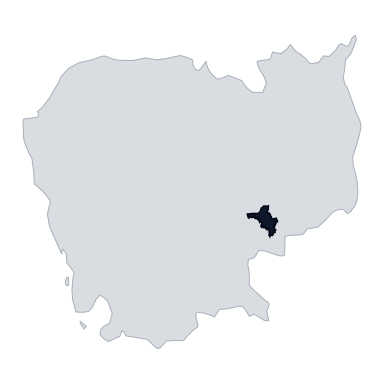 Chhloung, Krâchéh, Cambodia shown in context
{"feature_id": "14789045B96545795392219", "entity_name": "Chhloung", "entity_type": "district", "adm_level": 2, "iso_a3": "KHM", "parent_name": "Cambodia", "parent_adm1": "Krâchéh", "projection": "robinson", "projection_center": [106.098, 12.159], "detail": "fine", "context": "in_parent", "style": "filled", "palette": "ink", "viewbox_px": 384, "rotation_deg": 0, "n_neighbors": 0, "source": "geoboundaries", "source_scale": "gbopen_adm2", "svg_char_len": 7379}
<svg xmlns="http://www.w3.org/2000/svg" viewBox="0 0 384 384"><path d="M355.3,35.3L356.3,39.3L353.7,46.9L350.8,53.8L345.5,59.9L345.2,64.3L343.4,77.5L344.1,81.7L345.3,85.3L347.1,87.3L351.8,100.2L356.0,112.0L360.2,121.7L361.0,127.8L357.1,143.3L352.7,157.5L353.1,164.6L355.0,171.7L357.1,181.2L357.9,193.3L356.8,201.2L354.7,206.1L350.9,211.2L347.5,213.7L343.4,209.5L340.2,209.3L335.9,210.5L332.5,212.5L325.6,219.9L317.9,227.1L307.3,228.9L303.1,234.2L298.7,235.0L290.3,235.3L284.8,236.5L285.1,239.2L284.6,251.8L284.7,254.8L283.9,255.6L280.1,256.0L273.6,254.0L264.9,250.9L258.7,250.4L255.5,255.9L253.6,258.1L251.2,258.4L248.8,259.4L248.0,261.8L247.8,264.9L248.9,270.2L249.4,278.5L249.1,284.2L251.4,287.9L264.7,300.0L268.6,303.0L269.1,304.8L266.7,311.4L268.8,320.7L264.6,320.5L257.7,316.5L254.3,314.1L250.3,316.0L248.9,315.7L246.2,311.1L242.6,306.5L238.9,306.2L231.2,308.0L223.2,309.3L220.2,309.3L219.0,310.1L214.4,317.0L212.4,315.8L204.4,313.2L197.1,312.2L195.6,314.0L196.5,319.6L198.1,325.2L197.1,327.5L193.1,330.4L187.8,335.6L184.6,339.7L182.3,340.7L174.2,340.5L166.2,341.0L163.0,344.9L160.0,347.9L157.3,348.7L146.8,339.2L126.0,335.9L123.7,331.7L121.7,330.9L119.8,336.3L108.3,341.6L103.5,338.4L100.0,334.6L100.6,329.9L103.9,326.1L109.6,323.3L112.2,313.7L107.9,301.4L104.1,297.9L100.1,295.0L95.9,299.6L92.3,307.4L88.6,311.4L83.4,312.3L75.8,312.0L72.8,300.3L71.9,290.3L72.9,278.9L74.1,272.1L66.8,262.8L66.4,253.9L62.9,249.3L61.8,251.6L61.9,254.1L60.9,252.3L49.4,226.2L47.4,214.1L49.5,204.8L50.6,201.6L47.3,196.7L42.6,191.1L34.3,183.8L33.8,172.3L32.0,158.7L29.5,154.1L25.7,145.7L23.7,138.7L23.0,120.3L24.1,118.9L30.0,118.3L37.6,117.0L38.8,114.0L37.5,111.6L42.3,107.4L49.3,98.3L54.7,88.8L58.5,82.8L60.9,76.8L68.7,68.3L79.4,62.5L86.7,61.1L94.3,59.1L101.6,56.3L105.1,56.0L114.1,59.5L119.0,60.3L124.1,60.3L129.4,60.6L134.0,60.3L145.1,57.9L156.9,59.8L167.4,58.3L180.3,55.5L186.7,57.3L192.5,60.0L193.3,65.6L194.7,68.2L196.6,70.2L199.2,70.2L202.5,66.3L205.3,62.2L206.2,61.5L206.3,63.5L207.7,67.8L210.1,72.1L212.6,75.0L216.8,78.8L219.5,79.0L228.4,75.4L241.7,80.6L243.2,83.2L247.5,88.5L252.2,92.3L262.6,92.5L266.3,83.2L264.5,77.5L258.6,67.6L257.0,61.7L258.9,60.7L268.9,59.6L270.5,58.4L272.7,52.0L275.4,52.7L281.0,53.6L286.9,49.2L290.3,44.6L292.2,46.7L294.3,49.9L296.6,51.8L300.8,54.6L305.5,58.5L308.4,62.3L310.7,63.8L316.6,62.7L318.2,62.9L321.7,58.2L324.1,55.7L326.2,56.4L329.2,56.4L335.4,50.4L338.9,45.0L340.9,43.5L346.4,46.2L348.7,45.7L351.9,38.2L355.3,35.3ZM68.9,284.9L67.8,285.6L66.7,285.6L65.6,284.5L65.7,280.3L66.5,277.7L68.4,277.3L68.9,284.9ZM86.3,326.3L83.9,329.1L80.2,323.3L80.3,321.6L86.3,326.3Z" fill="#d9dde1" stroke="#a8b0b8" stroke-width="1"/><path d="M272.3,235.4L272.4,235.1L272.9,234.8L272.9,234.7L272.7,234.5L272.4,233.8L272.8,233.8L273.0,234.0L273.3,234.1L273.4,233.6L273.4,233.1L273.6,232.6L273.9,232.7L274.0,232.7L274.4,232.2L274.5,232.2L275.1,232.3L275.1,232.1L274.7,231.5L274.6,231.4L274.6,231.1L274.7,230.8L275.0,230.7L275.1,230.3L275.4,230.4L275.5,230.4L275.7,230.2L275.7,229.8L275.6,229.7L274.9,229.3L274.7,229.0L274.1,228.8L274.0,228.7L274.2,228.1L274.5,227.9L274.3,227.5L274.4,227.2L274.0,226.8L274.0,226.6L274.3,226.5L274.4,226.1L274.4,225.8L274.5,225.7L274.8,225.8L274.9,225.6L274.9,225.4L274.7,225.3L274.4,225.2L274.4,224.7L274.5,224.7L274.8,224.8L275.0,224.6L275.3,224.5L275.3,224.4L275.3,224.1L275.4,223.8L275.6,224.0L275.7,223.5L275.9,223.4L276.0,223.2L275.9,223.1L275.9,222.5L276.2,222.3L276.0,222.1L276.3,222.0L276.5,222.1L276.7,221.9L276.8,221.8L277.2,221.8L277.4,221.8L277.5,221.7L277.5,221.1L277.4,220.7L277.1,220.2L276.9,219.9L276.4,219.4L276.5,218.9L276.4,218.7L276.4,218.4L276.2,218.2L276.1,218.3L276.0,218.2L275.8,218.3L275.7,218.4L275.7,218.5L275.3,218.5L275.0,218.6L274.8,218.5L274.6,218.5L274.1,218.7L273.9,218.8L273.2,218.8L272.4,218.8L272.0,218.8L271.7,218.5L271.6,218.4L271.5,218.0L271.5,217.6L271.4,217.0L271.1,216.4L270.4,215.6L270.4,215.3L270.5,215.0L270.5,214.8L270.0,214.4L269.7,214.0L269.3,213.0L269.2,213.0L268.6,213.0L268.2,212.8L267.6,212.8L267.3,212.5L267.3,212.4L267.4,212.0L267.3,211.7L267.5,211.5L267.8,210.3L268.0,210.0L268.1,209.6L268.3,209.3L268.3,208.5L268.0,207.8L268.1,207.6L268.5,206.8L268.5,206.5L268.4,205.9L268.3,206.0L268.1,206.1L267.8,206.1L267.1,206.3L266.2,206.1L265.1,206.0L263.9,206.0L263.4,206.2L262.9,206.7L262.7,207.2L262.6,207.3L262.4,207.5L262.1,207.8L261.6,208.2L261.1,208.2L261.1,208.8L260.9,209.5L260.2,211.2L259.8,211.8L258.9,212.9L258.4,213.1L257.9,213.3L257.6,213.5L257.0,213.5L256.2,213.4L250.6,213.6L248.3,214.0L247.4,213.9L247.5,214.4L247.4,215.1L247.5,215.3L247.7,215.5L247.7,215.8L247.9,215.9L247.9,216.5L248.1,217.2L248.2,217.3L248.2,217.5L248.3,217.7L248.4,217.8L248.7,217.8L248.9,218.0L249.0,217.5L249.3,217.3L249.3,217.1L249.4,216.8L249.3,216.7L249.6,216.7L249.8,216.8L250.0,216.8L249.9,216.9L250.0,217.0L250.2,216.9L250.3,217.0L250.4,216.9L250.5,216.9L250.4,216.8L250.5,216.7L250.6,216.9L250.6,217.0L250.7,217.3L250.8,217.3L250.8,217.1L251.0,217.2L251.3,217.2L251.5,217.4L251.9,217.2L252.0,217.1L252.5,217.1L252.5,216.9L252.4,216.9L252.5,216.8L252.4,216.7L252.5,216.6L252.7,216.8L252.7,217.0L252.8,216.9L252.9,217.0L253.2,217.0L253.4,217.0L253.7,216.8L253.8,216.5L253.9,216.8L254.0,217.2L254.5,217.3L254.6,217.5L254.7,217.8L254.7,218.1L254.9,218.4L255.0,218.4L255.2,218.2L255.3,218.2L255.5,218.1L255.5,218.3L255.9,218.4L256.1,218.3L256.4,218.3L256.4,218.5L256.6,218.4L256.6,218.2L256.8,218.0L256.8,217.9L257.0,217.8L257.1,217.7L257.3,217.9L257.2,218.1L257.3,218.2L257.4,217.9L257.9,218.0L258.0,218.1L257.8,218.3L257.9,218.6L258.0,218.8L257.9,218.8L257.7,218.9L257.7,218.6L257.3,218.7L257.3,218.8L257.5,219.1L257.8,219.4L257.9,219.6L258.0,219.7L257.9,219.3L258.0,219.2L258.2,219.3L258.8,219.3L259.0,219.5L258.7,219.8L258.9,220.1L259.2,220.5L259.5,220.9L259.4,221.3L259.5,221.5L259.3,221.8L259.4,222.1L259.5,222.1L259.6,221.9L259.9,222.0L260.2,221.9L260.2,222.1L260.5,221.8L260.8,221.8L261.0,221.4L261.2,221.8L261.0,222.0L261.3,222.1L261.5,222.8L262.1,223.2L262.1,223.7L261.9,223.7L261.8,223.9L262.0,224.2L262.1,224.4L262.1,224.7L261.9,224.7L261.7,224.9L261.4,224.9L261.5,225.3L261.3,225.5L261.1,225.4L260.9,225.7L261.1,225.9L261.1,226.0L261.5,226.1L261.1,226.7L261.2,226.8L261.2,226.7L261.3,226.7L261.4,226.9L261.6,226.8L261.6,226.6L261.6,226.4L261.6,226.6L262.0,226.4L262.1,226.5L262.1,226.8L262.6,226.8L262.7,227.0L262.8,226.9L263.1,226.7L263.2,226.8L263.0,227.3L263.0,227.5L263.6,227.7L263.8,227.5L263.8,227.3L264.0,227.3L264.4,227.2L264.3,227.4L264.4,227.5L264.6,227.4L264.8,227.2L265.1,227.3L265.0,227.7L265.1,227.8L265.4,227.2L265.5,227.2L265.5,227.4L265.9,227.8L265.8,228.1L266.1,228.2L266.0,228.5L266.5,228.6L266.5,228.8L266.7,228.6L266.8,228.7L266.8,228.9L266.8,229.4L266.9,229.5L267.0,229.4L267.0,229.1L267.0,228.9L267.1,229.0L267.3,229.2L267.6,228.8L267.7,228.7L267.8,228.8L267.8,229.2L268.1,229.2L268.2,229.3L268.3,229.8L268.5,229.8L268.6,229.6L268.8,229.9L269.1,230.0L269.4,230.2L269.4,230.3L269.3,230.5L269.6,230.8L269.9,231.3L269.6,231.5L269.8,231.5L269.9,232.2L269.9,232.3L269.6,232.4L269.6,232.5L269.6,232.8L269.3,233.0L269.2,233.4L269.3,234.1L269.5,234.3L269.4,234.8L269.3,235.0L269.1,235.0L268.9,235.2L269.0,235.3L269.5,235.3L269.4,235.6L269.7,236.1L269.8,236.4L269.9,236.1L270.2,236.1L270.2,235.9L270.3,235.6L270.8,235.4L270.9,235.1L271.0,235.0L271.0,235.3L271.6,235.1L271.8,235.3L272.0,235.3L272.2,235.5L272.3,235.4Z" fill="#0f172a" stroke="#020617" stroke-width="1.5"/></svg>